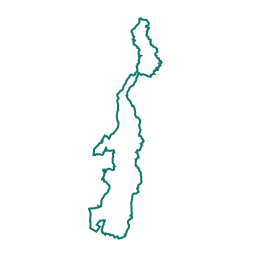 outline of Pianu, Alba, Romania, rotated 195°
{"feature_id": "2599482B69882929473118", "entity_name": "Pianu", "entity_type": "district", "adm_level": 2, "iso_a3": "ROU", "parent_name": "Romania", "parent_adm1": "Alba", "projection": "orthographic", "projection_center": [23.499, 45.822], "detail": "fine", "context": "isolated", "style": "outline", "palette": "teal", "viewbox_px": 256, "rotation_deg": 195, "n_neighbors": 0, "source": "geoboundaries", "source_scale": "gbopen_adm2", "svg_char_len": 5930}
<svg xmlns="http://www.w3.org/2000/svg" viewBox="0 0 256 256"><g transform="rotate(195 128 128)"><path d="M139.8,71.5L138.0,71.9L137.3,70.2L135.8,70.5L133.4,68.8L131.1,67.6L130.6,66.7L130.3,65.1L130.5,63.6L131.0,62.7L130.7,61.7L131.0,60.7L133.4,57.2L133.9,54.2L134.7,52.8L134.8,49.8L134.1,48.4L134.1,47.0L133.6,45.5L134.1,44.9L135.1,44.6L136.5,44.9L135.9,43.8L137.0,42.9L138.4,42.7L139.9,41.6L142.2,41.1L144.7,40.0L143.7,38.2L142.6,37.0L141.7,34.8L140.6,28.0L140.1,27.9L138.9,24.4L138.6,21.6L131.7,19.7L129.6,25.4L133.1,26.4L132.3,29.0L131.5,29.9L130.8,31.5L128.8,31.9L127.6,32.6L126.5,32.7L126.4,31.5L126.9,30.2L126.5,28.4L126.9,26.7L127.0,26.2L126.8,25.4L127.0,22.4L126.4,21.4L126.1,21.6L125.8,21.3L125.7,20.5L125.0,20.0L124.6,20.2L123.3,19.7L122.4,19.0L122.2,20.3L117.4,20.5L117.3,19.9L114.1,20.6L112.8,18.7L109.9,20.6L108.7,18.8L105.6,20.1L102.5,23.2L103.0,23.7L102.7,23.8L103.0,25.1L102.4,26.0L102.5,28.9L101.5,31.5L101.5,32.9L101.7,33.3L101.9,34.6L102.2,34.6L103.6,36.8L103.9,38.1L103.5,39.0L102.7,39.8L102.3,40.9L100.8,42.3L101.6,43.9L102.9,44.0L101.9,45.9L103.4,49.2L103.3,49.8L103.8,51.5L104.7,54.0L104.9,55.1L105.4,56.1L105.6,60.4L106.1,62.2L106.3,64.3L106.0,65.6L105.4,66.2L103.0,66.9L102.0,68.4L101.2,68.9L101.3,69.3L103.6,71.9L103.5,72.3L102.6,73.0L102.6,73.5L103.2,74.2L103.1,75.5L101.5,77.4L101.0,78.7L100.9,79.4L102.2,81.9L102.2,83.5L103.6,86.0L103.7,87.8L106.6,90.2L106.6,91.2L107.7,92.2L108.6,92.1L109.0,93.2L110.6,93.5L111.1,94.1L111.0,94.7L111.4,95.2L111.7,96.4L111.7,98.2L112.5,99.6L111.5,99.9L111.2,101.6L110.1,102.3L110.7,103.1L110.7,103.7L111.9,105.2L112.2,106.0L114.0,106.6L113.1,108.3L113.2,108.9L112.6,108.7L111.5,109.2L110.5,110.4L110.9,111.2L110.3,112.5L110.5,114.8L110.0,115.3L111.5,116.2L110.1,117.5L109.9,118.4L110.0,118.7L109.5,119.0L109.5,119.5L110.8,120.9L112.4,121.8L113.0,123.1L113.9,123.4L115.3,123.4L115.3,123.9L115.8,124.7L115.4,125.9L115.5,127.8L115.3,128.9L116.2,130.7L117.9,132.8L117.7,133.6L118.0,134.3L117.8,135.0L117.8,136.7L118.3,137.4L118.2,138.6L121.1,140.8L122.7,140.5L123.1,140.8L124.8,143.0L124.9,144.4L125.2,145.5L126.0,146.8L126.5,148.3L128.0,150.4L128.6,150.7L129.1,150.3L129.7,150.4L129.9,151.1L131.6,152.5L131.7,153.4L132.7,154.4L133.3,154.5L133.9,155.2L135.8,156.2L136.3,157.1L137.0,157.6L137.0,158.7L137.6,158.9L137.2,159.4L137.5,160.2L137.9,162.9L137.1,164.6L136.9,167.1L136.4,168.4L133.7,170.9L133.6,173.3L132.7,175.1L132.6,176.7L132.8,178.3L132.1,181.4L132.3,182.2L131.7,184.0L130.0,183.1L129.7,182.7L128.5,182.9L127.5,184.0L123.1,183.4L122.0,182.9L120.5,183.4L119.8,183.2L119.2,183.5L119.2,184.1L119.6,185.2L118.2,186.1L117.8,186.9L116.9,187.1L117.5,187.5L117.7,189.5L116.7,189.9L116.9,190.6L116.3,191.9L115.0,191.4L114.2,191.6L114.2,192.0L115.8,192.8L116.0,193.7L114.0,194.3L114.2,195.5L112.9,196.7L113.2,197.4L114.1,197.9L113.2,198.2L113.1,198.5L113.4,199.1L112.6,199.9L113.1,200.2L113.5,201.2L114.2,201.2L114.8,200.6L115.2,201.8L115.6,202.3L116.2,202.5L116.2,203.2L118.0,203.4L118.5,203.8L119.1,205.1L120.3,205.2L120.9,206.8L120.4,208.0L119.4,209.2L119.3,209.8L120.3,210.7L120.2,211.6L120.4,212.0L121.9,212.7L124.7,213.1L125.2,214.1L127.2,214.0L127.6,214.5L127.5,215.4L128.4,216.1L128.8,216.9L128.4,218.0L129.0,219.2L130.7,219.0L131.6,219.9L131.6,220.9L132.1,221.4L133.2,221.3L134.3,222.5L134.4,223.3L134.1,224.6L134.9,225.9L134.4,226.8L134.6,227.5L134.2,228.6L133.8,228.9L133.7,229.8L134.2,229.7L135.3,230.4L136.5,230.1L137.0,231.4L136.7,231.7L135.6,231.7L135.0,232.4L134.8,234.0L135.3,234.6L135.3,235.0L136.6,236.0L137.4,236.3L138.1,237.1L139.2,237.1L141.8,236.4L143.0,236.6L143.7,237.3L144.4,237.1L145.3,236.3L144.4,233.7L144.6,232.1L145.1,231.3L145.2,230.5L146.0,229.8L147.4,226.4L147.3,226.0L149.0,224.2L149.1,223.6L149.6,222.9L149.6,221.8L148.3,220.9L147.7,219.7L147.6,218.9L145.5,217.6L146.3,214.7L144.7,214.7L144.0,214.4L145.1,212.8L144.1,210.2L143.4,210.2L139.8,208.8L139.5,208.4L139.7,208.0L139.0,208.0L138.1,207.4L136.9,206.1L137.5,205.0L136.8,201.9L136.2,201.1L134.5,201.1L134.9,200.7L134.9,199.9L135.8,199.2L135.0,198.1L134.9,197.3L135.3,196.0L134.1,194.4L134.2,194.0L134.6,193.7L134.6,192.7L135.4,192.1L135.1,190.3L135.6,189.7L134.9,189.0L134.5,187.5L134.0,187.0L133.7,184.8L134.9,183.5L135.3,182.3L134.8,181.9L134.9,181.6L135.9,180.3L136.5,180.1L138.6,180.6L139.3,180.2L139.4,179.4L139.9,178.5L139.7,177.7L141.1,175.3L141.8,172.9L141.9,172.3L141.6,171.6L142.8,168.3L143.1,166.9L143.0,164.2L143.3,163.3L144.1,162.3L144.5,162.2L145.2,161.4L146.1,158.9L146.9,158.2L147.1,157.6L146.6,156.0L144.9,154.5L144.7,153.8L145.2,152.9L145.5,151.7L145.4,151.0L143.6,148.1L142.8,144.7L142.9,143.9L142.1,143.0L142.5,141.6L142.4,140.1L142.0,138.6L142.2,137.2L141.9,136.4L141.4,135.9L141.0,134.0L139.8,132.2L139.7,131.6L138.6,130.9L138.4,129.8L138.1,129.2L138.1,126.4L137.9,125.9L139.0,122.5L140.2,120.3L140.5,119.4L140.9,118.7L142.2,117.8L142.3,117.3L143.0,116.5L143.1,114.1L143.4,112.7L145.8,114.3L146.6,114.5L147.2,114.2L148.5,114.7L149.9,109.4L149.4,109.4L149.1,108.9L149.4,108.2L149.3,107.8L149.6,107.7L149.5,107.3L150.3,107.3L150.5,106.3L151.7,105.9L151.9,104.7L152.4,103.6L154.0,101.2L154.2,100.3L155.1,99.2L155.2,98.5L154.6,95.6L154.4,92.9L153.8,92.9L152.7,93.4L152.2,94.4L151.4,94.8L150.5,94.5L148.9,95.3L146.3,95.2L145.5,95.6L145.1,96.8L145.5,97.9L144.7,99.1L144.1,103.4L143.9,103.3L143.6,102.4L144.2,100.3L142.5,100.5L141.7,101.1L139.6,101.2L137.7,102.2L136.9,102.1L136.3,102.8L135.8,102.5L134.9,100.5L135.9,99.9L136.0,99.0L134.9,97.1L135.0,94.3L134.2,92.5L134.1,91.3L133.2,89.9L132.0,89.1L131.4,87.7L131.0,87.5L131.4,87.3L131.7,86.7L130.6,84.2L131.1,83.7L132.3,83.3L135.6,83.9L136.6,83.4L136.8,82.8L138.2,81.7L139.8,81.8L140.6,81.5L140.3,81.0L140.4,80.6L138.9,81.0L139.1,80.8L139.0,80.4L139.4,80.0L140.4,80.3L140.1,79.8L139.0,80.0L138.7,80.7L138.8,80.2L138.6,80.2L138.4,80.9L138.7,81.2L138.5,81.5L138.1,80.3L138.4,78.8L139.1,78.0L139.1,77.3L138.7,76.0L139.2,73.5L138.3,72.4L139.9,71.8L139.8,71.5Z" fill="none" stroke="#0f766e" stroke-width="2"/></g></svg>